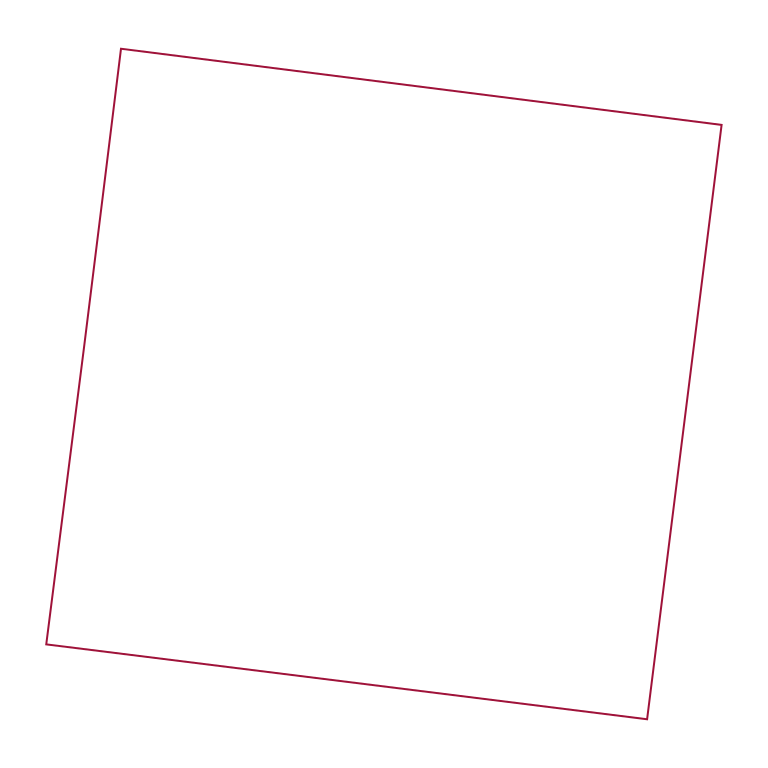 the district of Franklin, Iowa, United States of America, rotated 277°
{"feature_id": "52423323B30235683377135", "entity_name": "Franklin", "entity_type": "district", "adm_level": 2, "iso_a3": "USA", "parent_name": "United States of America", "parent_adm1": "Iowa", "projection": "mercator", "projection_center": [-93.212, 42.733], "detail": "fine", "context": "isolated", "style": "outline", "palette": "rose", "viewbox_px": 768, "rotation_deg": 277, "n_neighbors": 0, "source": "geoboundaries", "source_scale": "gbopen_adm2", "svg_char_len": 244}
<svg xmlns="http://www.w3.org/2000/svg" viewBox="0 0 768 768"><g transform="rotate(277 384 384)"><path d="M682.3,687.5L684.7,82.1L535.1,82.0L384.5,81.8L84.4,80.5L83.3,686.0L682.3,687.5Z" fill="none" stroke="#9f1239" stroke-width="2"/></g></svg>